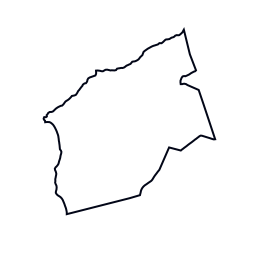 Santa Cruz Cabrália, Bahia, Brazil, rotated 154°
{"feature_id": "56859067B8048153730728", "entity_name": "Santa Cruz Cabrália", "entity_type": "district", "adm_level": 2, "iso_a3": "BRA", "parent_name": "Brazil", "parent_adm1": "Bahia", "projection": "albers", "projection_center": [-39.188, -16.225], "detail": "fine", "context": "isolated", "style": "outline", "palette": "ink", "viewbox_px": 256, "rotation_deg": 154, "n_neighbors": 0, "source": "geoboundaries", "source_scale": "gbopen_adm2", "svg_char_len": 3205}
<svg xmlns="http://www.w3.org/2000/svg" viewBox="0 0 256 256"><g transform="rotate(154 128 128)"><path d="M54.6,79.7L49.7,116.3L47.8,131.2L55.7,140.5L56.6,142.0L57.8,143.0L59.0,143.5L60.2,143.7L61.4,144.3L60.8,146.1L60.0,147.6L59.0,148.5L58.2,149.3L57.3,149.9L56.3,150.4L54.8,150.1L53.8,149.4L52.2,149.3L50.9,149.3L49.4,149.3L47.7,149.6L46.6,149.7L45.5,149.7L44.4,149.8L42.8,149.6L41.6,150.0L40.1,167.1L34.7,191.9L35.6,191.3L36.8,190.3L38.4,189.7L39.9,189.3L41.2,189.0L42.4,189.4L43.4,190.1L45.1,190.3L46.4,189.8L47.9,189.8L49.2,190.1L50.3,190.0L51.8,189.8L53.5,190.3L55.0,190.9L56.1,190.8L57.3,190.4L58.8,189.9L60.6,189.5L62.6,190.5L64.5,190.0L66.5,190.3L67.9,190.5L69.0,190.7L70.3,190.8L71.4,190.8L73.3,190.7L75.4,190.6L77.2,190.3L79.1,190.0L80.6,189.6L81.9,188.4L83.1,187.2L84.7,186.7L86.0,186.3L87.1,185.7L88.1,185.2L89.3,184.9L91.0,184.8L92.6,184.9L94.0,185.4L95.1,185.7L96.4,185.1L97.7,184.5L99.2,184.6L100.9,184.6L102.0,184.7L103.3,184.4L104.8,184.1L106.5,184.3L107.9,185.0L109.3,185.4L110.6,185.8L111.8,186.1L113.4,185.3L115.0,185.7L116.2,186.4L117.3,187.0L118.5,187.4L119.7,188.4L121.2,189.6L122.8,190.2L124.0,190.1L125.7,190.0L127.0,190.7L128.1,191.7L129.3,192.5L130.3,193.1L131.6,193.6L132.5,191.4L133.1,190.5L134.3,189.5L140.3,190.2L142.0,190.0L143.3,189.1L144.0,188.1L145.0,187.3L146.2,186.7L147.4,187.1L148.5,187.0L149.6,186.7L150.5,185.9L151.9,185.3L153.5,184.5L155.2,183.6L156.7,183.0L158.1,181.9L159.1,181.3L160.5,180.6L162.2,180.8L164.4,181.4L165.6,180.8L166.9,180.3L168.4,179.8L170.0,179.5L171.4,179.4L172.6,179.2L173.8,178.6L175.6,177.6L177.4,177.0L178.7,177.4L180.1,177.4L181.4,177.4L182.6,177.3L184.4,177.0L186.5,176.3L188.0,175.8L189.6,175.9L191.3,176.7L193.1,176.5L194.1,175.8L195.5,175.2L195.9,173.9L197.1,173.7L198.5,174.5L199.6,173.6L199.9,172.5L199.4,170.9L199.9,169.5L198.9,169.2L197.4,168.5L196.1,167.8L195.3,166.9L194.6,165.6L193.9,163.8L193.6,161.8L193.5,160.0L193.5,157.8L193.6,155.7L193.8,154.3L193.9,152.9L194.2,151.3L194.6,150.1L194.9,149.1L195.3,148.0L195.8,146.6L196.1,145.4L196.5,144.3L197.0,142.7L197.6,141.1L198.1,139.8L198.5,138.7L198.2,137.1L198.3,135.8L199.2,134.4L200.5,133.0L201.4,131.8L202.0,130.9L203.0,129.8L203.8,129.0L204.6,128.2L205.4,127.2L206.2,126.3L207.6,125.4L209.2,124.7L210.3,124.4L211.6,123.5L212.0,122.1L212.0,120.7L212.2,119.5L212.5,118.3L213.3,117.1L214.1,116.1L214.8,115.1L215.5,114.3L216.1,113.3L216.5,112.2L217.4,110.9L217.6,109.4L217.6,107.6L218.1,106.0L219.3,104.0L220.5,102.7L221.3,101.4L221.2,99.9L220.7,98.4L219.9,97.1L219.0,95.6L218.4,93.7L218.2,91.9L218.3,90.2L218.4,88.3L218.5,87.2L218.7,85.9L218.8,84.8L218.9,83.7L219.1,82.4L219.4,81.2L219.7,80.0L220.2,78.6L220.8,77.4L157.3,64.2L146.7,62.4L145.0,64.4L144.0,65.7L142.9,66.8L141.3,67.9L139.8,68.6L138.1,69.1L135.9,69.4L134.7,69.6L133.6,69.8L132.1,70.0L130.2,70.3L128.8,70.9L127.4,71.8L126.0,72.7L124.6,73.5L123.2,74.2L121.6,75.0L120.5,75.6L119.4,76.1L118.1,76.7L99.6,92.5L90.4,84.6L88.9,85.0L87.7,85.2L85.9,85.6L84.7,85.8L83.1,86.1L81.9,86.4L79.9,86.8L77.0,87.3L74.6,87.8L72.4,88.3L71.4,88.4L69.7,88.8L68.5,89.0L67.4,89.3L66.0,89.3L65.0,88.7L63.8,87.6L61.9,85.8L60.3,84.3L58.9,83.0L57.9,82.0L56.9,81.0L55.8,80.1L54.6,79.7Z" fill="none" stroke="#020617" stroke-width="2"/></g></svg>